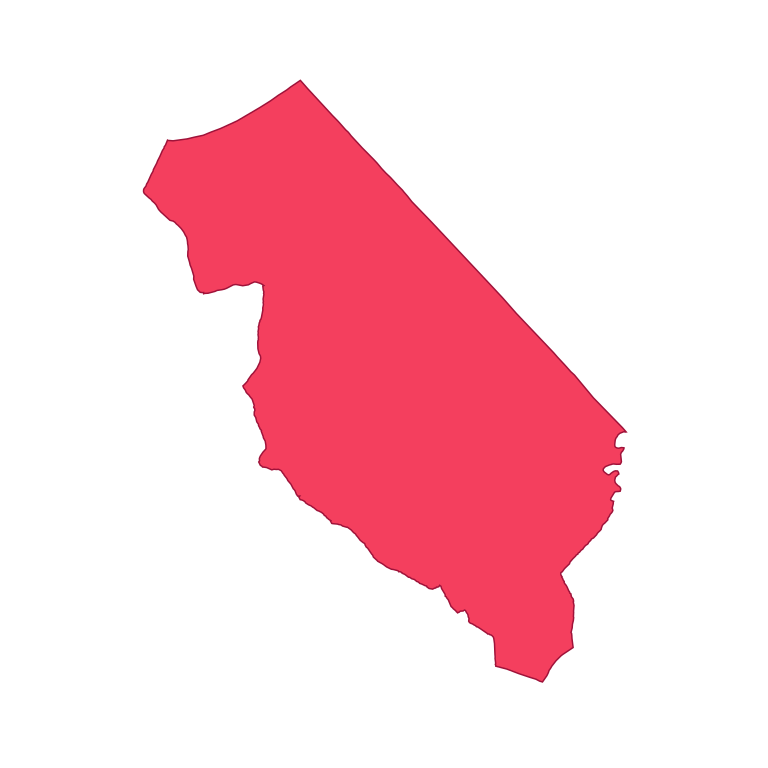 Nioro Du Rip, Kaolack, Senegal (Natural Earth projection), rotated 227°
{"feature_id": "50182788B29473400533502", "entity_name": "Nioro Du Rip", "entity_type": "district", "adm_level": 2, "iso_a3": "SEN", "parent_name": "Senegal", "parent_adm1": "Kaolack", "projection": "natural_earth1", "projection_center": [-15.905, 13.752], "detail": "fine", "context": "isolated", "style": "filled", "palette": "rose", "viewbox_px": 768, "rotation_deg": 227, "n_neighbors": 0, "source": "geoboundaries", "source_scale": "gbopen_adm2", "svg_char_len": 6140}
<svg xmlns="http://www.w3.org/2000/svg" viewBox="0 0 768 768"><g transform="rotate(227 384 384)"><path d="M478.8,279.5L476.9,278.7L474.2,278.4L471.7,277.5L469.7,277.5L468.4,277.7L466.0,277.4L462.8,277.2L456.7,274.4L456.0,273.0L455.3,272.6L454.5,272.8L452.7,271.5L452.1,270.1L449.8,267.9L446.9,267.3L443.2,265.2L442.3,265.0L440.4,264.8L439.0,263.8L437.0,263.3L435.7,262.7L435.0,262.8L433.5,262.6L433.4,262.2L432.7,261.8L428.1,259.9L426.9,259.1L423.3,258.2L419.8,255.9L417.2,253.6L417.0,252.8L416.7,249.0L415.7,244.6L415.0,242.9L414.3,241.8L412.7,240.6L412.4,239.2L408.8,238.1L407.3,238.6L406.1,238.5L405.1,239.5L402.9,241.2L397.7,243.4L396.7,245.4L394.9,247.0L393.5,248.7L390.6,249.7L387.9,249.2L386.5,249.2L385.3,248.8L381.1,248.5L378.9,247.8L374.2,247.6L369.2,246.2L368.1,246.3L366.5,246.1L363.3,244.8L360.9,244.4L359.5,245.9L359.3,244.6L356.6,243.8L355.4,244.7L353.7,245.5L351.6,245.9L350.5,245.6L347.2,246.4L344.5,247.6L342.3,247.9L341.9,248.2L337.2,248.8L335.1,249.9L334.0,250.2L332.9,250.7L330.1,251.1L328.6,250.7L327.1,251.3L325.2,250.9L324.3,251.2L322.9,251.2L320.3,251.9L320.3,251.4L317.7,250.7L316.8,251.3L313.2,254.5L312.0,255.1L310.4,256.4L308.4,256.8L304.9,258.9L304.1,259.6L299.4,260.5L297.3,260.4L295.5,260.5L293.8,260.9L292.0,260.5L290.4,260.5L285.8,260.0L282.1,260.6L280.5,261.1L279.1,260.4L276.9,259.8L275.1,260.1L268.0,259.0L266.5,259.0L264.7,258.2L259.6,258.6L258.7,258.5L253.6,260.2L248.3,261.2L243.6,263.0L242.0,264.3L237.9,266.9L236.6,266.7L235.9,267.7L234.8,268.2L233.8,268.1L233.4,268.5L232.1,268.6L231.4,269.1L230.0,269.5L226.1,270.1L224.8,271.1L222.8,271.4L220.3,272.9L217.2,273.3L216.2,273.9L214.8,274.2L213.9,274.1L211.9,275.2L208.5,276.5L207.1,277.4L206.4,277.0L203.7,277.5L200.8,279.7L200.2,281.8L199.5,282.7L199.7,283.8L198.9,284.7L198.4,285.9L198.8,287.4L197.2,287.7L195.1,286.6L188.5,285.2L186.9,284.0L186.0,284.4L184.2,283.9L182.5,283.9L175.5,281.3L173.9,281.5L172.4,281.4L169.3,281.8L167.8,281.6L167.1,281.9L166.5,281.7L165.9,283.2L165.8,284.9L164.0,287.1L163.8,288.7L162.8,289.1L160.8,288.5L158.5,288.2L157.2,287.5L156.3,286.8L154.6,286.3L152.8,284.2L151.2,283.8L149.4,284.4L148.3,285.1L146.7,285.4L144.9,286.1L143.4,286.1L142.7,286.7L141.0,287.2L131.2,289.4L130.5,289.3L129.5,290.3L128.8,290.3L127.0,291.3L125.3,291.4L124.2,291.3L122.8,290.6L118.8,287.8L110.5,280.7L108.5,279.1L107.6,278.1L104.0,275.5L103.2,274.8L103.1,274.3L101.7,273.6L101.4,273.3L91.8,279.4L80.2,285.1L70.4,290.4L64.5,293.8L60.5,295.2L58.0,296.7L59.6,304.2L60.8,307.3L62.0,309.5L62.4,311.7L63.2,314.3L64.3,321.2L64.5,328.0L64.3,330.3L62.3,342.6L69.8,348.0L72.3,350.1L73.7,351.1L74.7,351.3L77.3,355.3L79.8,358.0L81.9,361.2L83.9,363.5L84.7,363.9L87.8,367.1L88.5,367.6L92.4,371.9L95.7,373.9L95.8,374.5L96.7,375.1L97.7,375.7L100.6,376.0L103.2,377.6L104.5,377.3L105.5,377.9L106.9,378.1L110.5,379.4L113.0,380.0L113.5,379.9L115.9,380.3L116.6,381.1L118.6,381.4L120.2,382.1L121.4,382.2L121.8,382.9L122.4,382.8L123.7,383.2L124.4,383.6L125.3,384.5L125.4,385.1L125.1,386.3L125.8,389.7L125.9,391.1L126.0,397.0L126.9,398.6L127.4,403.0L127.5,406.8L127.8,407.8L127.4,409.9L127.8,410.2L127.9,411.1L127.6,412.1L128.0,414.7L127.7,416.9L128.1,418.3L128.4,420.6L128.4,421.7L128.0,423.7L128.2,424.8L128.6,425.4L128.7,428.8L129.1,429.7L128.9,431.0L128.5,432.2L128.8,436.9L129.2,437.7L129.4,439.2L129.4,442.5L129.7,443.9L130.4,444.8L131.6,447.1L131.9,448.9L131.7,450.3L132.0,455.1L133.0,455.8L133.8,459.0L134.5,460.6L134.5,461.9L134.8,463.7L135.4,465.1L136.7,465.9L137.6,466.2L139.8,469.6L140.7,470.7L141.4,471.2L141.6,471.9L144.0,470.7L144.9,470.9L145.8,472.2L147.6,478.7L147.3,480.0L145.3,482.4L144.5,483.6L145.4,485.1L146.3,485.9L148.3,486.3L149.9,485.8L153.1,485.7L154.5,486.0L156.4,487.2L157.1,488.4L158.1,489.8L158.0,491.1L158.2,492.9L158.0,494.4L159.5,495.2L161.1,495.5L162.6,494.1L163.2,493.0L163.5,492.0L163.9,488.9L163.8,487.7L164.2,486.4L165.5,485.7L169.1,485.1L170.2,485.1L171.3,485.4L172.3,486.4L172.6,488.5L172.5,489.9L170.9,494.0L170.2,495.1L169.9,496.0L169.0,497.3L166.6,499.4L164.3,502.0L164.6,503.3L165.2,504.6L171.3,509.2L172.1,511.0L172.2,512.8L173.0,515.3L173.7,516.0L175.7,514.2L176.9,511.9L178.3,510.8L179.8,510.2L180.9,510.3L182.4,511.5L185.0,514.5L185.9,515.9L186.4,517.3L186.5,518.4L187.2,520.5L187.1,522.9L185.4,527.2L184.5,527.5L183.8,528.4L189.1,528.6L231.0,527.7L260.7,529.4L265.6,529.0L274.8,529.2L285.5,529.2L291.0,529.4L345.3,528.9L365.7,529.5L380.4,529.5L469.8,529.2L498.4,528.7L505.3,529.3L511.0,529.5L513.2,529.7L520.5,529.5L530.6,529.6L536.9,529.2L543.4,529.2L550.3,529.6L555.0,529.6L571.7,529.1L588.0,529.2L592.5,529.6L596.0,529.3L607.4,529.6L615.7,529.4L652.1,529.6L663.1,529.9L664.9,518.6L665.4,513.3L667.2,503.8L668.5,494.0L671.0,481.1L676.6,456.0L682.4,438.5L686.3,429.1L689.2,421.4L694.0,413.4L697.5,407.2L705.7,395.6L709.4,392.2L710.0,392.0L707.7,387.0L707.4,385.1L706.5,383.9L705.9,381.3L703.3,375.3L701.6,370.6L700.5,368.4L698.1,361.6L697.1,360.2L696.1,356.9L692.7,348.9L692.2,346.9L691.1,344.9L690.6,341.8L689.9,340.5L688.5,339.2L686.8,338.6L680.3,339.1L678.0,339.5L675.9,339.3L672.8,339.6L670.4,339.5L665.4,338.2L662.1,338.1L649.7,339.1L646.9,340.9L644.8,341.4L642.7,341.3L640.6,341.6L636.0,341.7L631.7,341.2L628.0,340.1L626.1,339.8L623.5,338.3L621.8,337.1L620.5,336.0L619.0,335.1L615.9,332.6L614.6,330.9L611.4,327.7L605.8,324.9L603.1,323.3L599.8,322.1L592.6,318.5L590.4,316.2L583.6,313.2L580.1,311.9L576.4,312.1L574.5,313.7L573.9,314.5L573.0,313.7L572.5,314.7L570.4,317.2L567.0,323.5L566.3,325.7L563.5,329.8L562.2,332.0L561.3,334.3L559.3,341.4L558.0,343.3L557.1,344.1L552.2,347.7L549.0,352.5L548.4,355.0L547.0,358.9L545.6,360.1L542.8,361.7L540.6,362.7L537.9,363.3L538.2,362.1L535.1,359.8L533.2,358.9L532.5,357.8L531.5,357.3L528.6,353.5L526.4,351.9L526.3,351.4L524.2,349.9L522.3,347.2L520.7,345.8L516.1,339.5L515.2,337.8L515.2,336.8L514.3,335.8L513.8,334.5L512.1,332.3L511.6,331.2L510.1,330.1L508.2,327.6L507.1,326.9L506.1,325.6L503.8,324.0L502.9,323.0L502.0,322.3L501.7,321.4L500.4,319.9L495.7,315.8L491.3,313.3L488.9,312.8L486.9,311.4L484.6,308.1L482.1,301.7L481.1,295.8L481.1,293.5L480.5,290.7L479.8,287.4L479.2,286.5L478.9,283.1L478.8,279.5Z" fill="#f43f5e" stroke="#9f1239" stroke-width="1.5"/></g></svg>